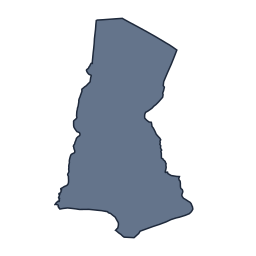 outline of Dogiyai, Papua, Indonesia, rotated 93°
{"feature_id": "22746128B76462588476684", "entity_name": "Dogiyai", "entity_type": "district", "adm_level": 2, "iso_a3": "IDN", "parent_name": "Indonesia", "parent_adm1": "Papua", "projection": "equal_earth", "projection_center": [135.829, -3.999], "detail": "fine", "context": "isolated", "style": "filled", "palette": "slate", "viewbox_px": 256, "rotation_deg": 93, "n_neighbors": 0, "source": "geoboundaries", "source_scale": "gbopen_adm2", "svg_char_len": 5210}
<svg xmlns="http://www.w3.org/2000/svg" viewBox="0 0 256 256"><g transform="rotate(93 128 128)"><path d="M237.2,126.2L237.2,122.6L237.2,121.6L237.2,116.2L233.1,112.1L233.0,111.9L230.4,110.5L227.5,103.7L225.1,98.0L223.0,92.6L222.8,92.0L219.7,84.9L217.2,80.3L215.3,75.3L214.4,72.1L212.5,67.0L212.2,66.2L210.3,62.2L209.5,61.5L208.8,60.8L208.0,60.2L206.5,59.4L205.6,59.0L203.3,59.5L202.2,60.1L200.4,60.9L200.0,61.2L199.0,62.1L197.7,64.5L196.4,66.7L195.3,68.9L193.7,70.2L192.3,70.8L190.8,70.5L188.9,69.9L187.5,70.2L186.6,70.7L185.6,72.1L184.2,72.5L182.5,72.7L180.3,72.8L178.3,73.2L177.3,74.2L175.8,74.7L173.8,74.1L173.8,76.8L173.5,79.5L173.2,82.4L172.1,84.5L171.4,85.8L170.0,86.2L170.1,87.2L170.5,87.8L170.3,88.4L169.4,88.5L166.9,88.0L165.3,87.8L163.2,88.2L161.4,88.1L160.6,88.8L159.5,89.1L158.5,90.1L158.0,91.0L157.0,91.5L156.3,93.0L154.5,93.2L151.2,93.4L149.7,94.0L148.3,93.2L147.4,93.8L146.3,94.5L143.9,94.4L142.6,95.4L141.1,95.0L139.4,95.4L138.1,94.7L136.5,95.7L134.8,97.5L132.7,99.5L129.9,100.9L126.8,102.7L125.2,104.1L123.1,104.5L121.1,105.0L120.9,107.3L119.3,109.7L117.3,111.8L115.7,112.0L113.6,112.0L111.5,111.3L109.9,108.8L107.1,105.2L104.7,103.2L103.2,101.4L100.3,98.8L95.5,95.0L92.9,94.7L91.3,95.2L89.2,94.5L85.3,93.8L83.9,95.0L79.9,94.8L76.0,93.4L70.5,91.4L62.2,88.2L55.5,85.9L47.6,83.3L45.3,86.9L42.8,91.1L40.9,94.8L35.7,104.6L31.2,113.6L26.1,124.2L22.4,132.1L19.3,138.5L18.8,139.4L19.5,145.3L20.4,152.4L21.3,159.5L21.8,164.2L22.3,165.3L26.4,165.5L31.2,165.6L35.8,165.9L40.5,166.2L45.1,166.2L49.9,166.4L54.6,166.7L59.2,166.9L63.8,167.1L65.3,167.0L65.2,167.4L65.2,167.7L65.2,167.9L65.3,168.1L66.1,168.6L67.2,169.1L68.1,169.4L68.6,169.8L69.2,170.2L69.8,170.4L70.3,170.6L70.8,171.0L71.5,171.9L72.2,172.5L72.7,172.5L74.0,171.9L75.0,171.2L76.0,170.3L76.5,169.7L76.9,168.5L77.2,167.7L77.5,167.5L77.9,167.4L78.7,167.7L79.7,167.9L80.7,168.0L81.9,168.1L83.1,168.2L83.8,168.2L84.3,168.7L85.2,169.4L86.0,170.2L87.1,171.1L88.2,172.1L89.2,173.5L90.5,174.8L91.1,175.6L91.7,176.1L92.6,176.1L93.6,175.9L94.4,176.1L95.7,176.5L96.7,176.8L97.6,177.1L99.2,177.5L101.1,178.2L101.8,178.4L103.1,178.6L103.8,178.5L104.1,178.5L105.4,178.6L107.2,178.8L109.0,179.0L110.7,179.5L112.3,179.6L113.7,179.9L115.1,180.0L117.2,180.0L118.6,180.0L119.8,179.7L120.4,179.6L121.5,180.3L122.4,181.2L123.2,182.1L123.8,182.6L124.4,182.7L125.1,182.6L126.1,182.6L127.3,182.5L128.6,182.4L130.1,182.0L131.6,181.0L133.0,179.9L134.3,178.8L134.7,177.5L135.1,176.5L135.4,176.1L136.3,175.7L137.2,175.6L137.5,175.7L138.1,175.9L138.8,176.8L139.3,177.5L140.0,178.1L140.8,178.8L141.5,179.1L142.9,179.4L144.2,179.9L145.5,180.3L146.9,180.5L148.1,181.4L149.2,181.6L149.9,181.2L151.0,181.0L151.9,180.7L152.1,180.6L152.4,180.5L152.7,180.3L153.5,180.0L154.9,179.9L155.5,180.2L156.1,181.2L156.7,182.4L157.3,183.2L158.0,183.7L159.4,184.1L160.3,184.3L160.6,184.4L162.8,184.8L164.2,184.9L165.2,184.7L166.3,184.8L168.0,185.1L168.3,185.1L169.3,185.2L170.2,185.0L171.7,185.1L172.4,185.1L173.9,184.8L174.6,184.7L175.8,185.1L176.4,185.4L177.0,185.7L177.5,185.8L177.9,185.8L179.0,185.2L179.5,185.0L179.8,184.9L180.9,184.9L182.3,184.7L182.5,184.7L184.0,184.6L185.7,184.6L187.2,185.0L188.3,185.8L189.2,187.2L189.4,187.8L189.5,187.9L189.6,188.0L189.7,188.5L189.9,188.7L190.1,189.0L190.3,189.2L190.6,189.7L190.7,189.8L190.9,190.1L191.2,190.6L191.4,190.8L191.6,191.2L191.8,191.6L192.0,191.8L192.2,192.0L192.5,192.0L192.7,191.9L192.8,191.7L193.0,191.2L193.5,191.2L193.7,191.5L194.0,191.6L194.5,191.6L194.8,191.5L195.0,191.5L195.4,191.7L195.6,191.8L195.8,191.9L196.0,192.0L196.3,192.2L196.5,192.3L196.7,192.7L196.8,193.1L196.9,193.3L197.0,193.4L197.1,193.5L197.5,193.5L197.5,193.4L197.6,193.0L197.7,192.8L197.8,192.8L198.0,192.7L198.2,192.8L198.6,193.1L198.8,193.1L199.0,193.0L199.3,193.0L199.7,193.1L200.2,193.3L200.3,193.4L200.5,193.5L200.8,193.7L201.0,193.7L201.3,193.6L201.5,193.6L201.7,193.4L201.7,193.1L201.7,192.9L201.8,192.7L202.0,192.7L202.4,192.7L202.5,192.7L202.7,192.8L202.9,192.9L203.0,193.0L203.3,193.1L203.5,193.1L203.7,192.9L203.8,192.8L204.0,192.7L204.3,192.7L204.6,192.8L204.8,192.9L205.0,193.1L205.0,193.3L204.9,193.6L204.8,193.8L204.8,194.1L204.9,194.3L205.1,194.4L205.3,194.6L205.4,194.8L205.5,194.9L205.6,195.0L205.9,195.1L206.2,195.5L206.7,195.9L206.9,196.1L207.0,196.2L207.3,196.3L207.6,196.4L207.8,196.6L208.0,196.7L208.2,197.0L208.3,197.0L208.3,196.9L208.2,196.8L208.1,196.6L207.9,196.3L207.9,196.1L207.9,195.9L208.0,195.7L208.2,195.4L208.2,195.2L208.2,194.9L208.3,194.7L208.4,194.4L208.4,194.2L208.5,194.0L208.7,193.8L208.8,193.7L209.1,193.5L209.3,193.5L209.6,193.5L209.8,193.6L210.0,193.6L210.3,193.6L210.5,193.4L210.7,193.1L210.8,193.0L211.1,192.9L211.4,192.8L211.4,192.7L211.5,192.7L211.8,192.4L212.0,192.2L212.3,191.9L212.5,191.8L212.5,191.7L211.8,188.8L211.0,184.2L211.2,180.4L211.5,175.9L211.9,172.0L211.6,167.9L211.3,162.6L211.5,158.4L211.7,154.7L211.8,152.8L211.9,150.1L212.0,149.3L212.2,147.9L212.3,146.9L212.5,145.7L212.4,145.7L212.5,145.2L212.5,144.5L212.8,143.8L213.4,143.5L213.8,142.8L214.2,141.0L215.9,138.7L217.7,136.1L220.0,134.7L223.1,132.7L224.9,132.5L226.5,132.6L228.4,133.0L229.5,134.0L230.3,134.6L230.8,135.1L231.4,134.1L233.3,131.7L234.6,129.5L236.2,127.7L237.2,126.2Z" fill="#64748b" stroke="#1e293b" stroke-width="1.5"/></g></svg>